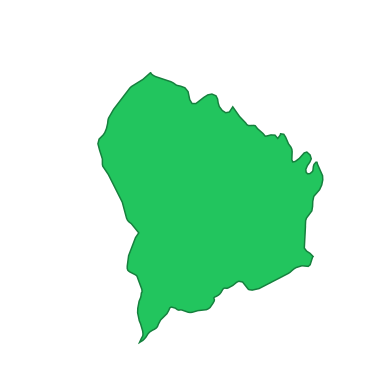 map outline of Kunduz (orthographic projection), rotated 59°
{"feature_id": "AFG-1763", "entity_name": "Kunduz", "entity_type": "Province", "adm_level": 1, "iso_a3": "AFG", "parent_name": "Afghanistan", "parent_adm1": "", "projection": "orthographic", "projection_center": [68.869, 36.818], "detail": "fine", "context": "isolated", "style": "filled", "palette": "green", "viewbox_px": 384, "rotation_deg": 59, "n_neighbors": 0, "source": "natural_earth", "source_scale": "10m", "svg_char_len": 2626}
<svg xmlns="http://www.w3.org/2000/svg" viewBox="0 0 384 384"><g transform="rotate(59 192 192)"><path d="M297.9,124.6L301.7,124.2L305.4,122.4L309.7,121.4L310.0,122.3L315.2,128.2L315.4,129.3L315.6,130.7L312.1,135.4L311.7,136.3L310.4,141.7L310.4,143.9L310.7,146.2L311.3,149.3L311.4,151.2L309.3,184.3L307.1,190.9L305.1,193.4L304.4,193.8L303.9,193.9L295.2,195.0L292.7,197.8L292.5,198.7L292.4,200.3L293.1,205.1L292.9,210.1L292.6,211.6L291.4,213.2L291.1,213.7L291.0,214.4L291.2,215.4L291.3,215.8L293.0,218.8L293.8,221.0L294.0,222.9L294.0,224.7L293.7,226.7L293.9,227.6L294.6,228.1L295.5,228.2L295.9,228.3L296.4,228.7L296.9,229.2L298.1,231.2L300.3,236.0L300.5,238.2L300.3,240.2L296.7,248.1L295.3,253.4L294.7,255.0L293.9,256.2L293.1,257.2L287.8,261.6L287.3,262.3L286.9,262.9L286.7,263.6L286.5,264.1L286.0,264.6L285.2,265.2L283.0,266.1L280.0,268.9L279.9,269.7L279.9,270.7L281.5,272.9L283.4,276.2L285.5,284.8L287.9,288.8L289.6,291.0L290.2,292.8L290.3,294.9L290.1,297.2L290.2,300.4L290.9,302.8L292.7,306.3L293.5,308.8L293.9,310.6L293.9,314.4L291.3,310.6L290.6,309.3L289.7,308.0L288.2,307.0L285.8,305.9L278.6,304.0L275.2,303.5L267.5,300.8L263.8,298.4L258.4,293.6L256.1,290.5L254.8,289.2L252.5,287.4L252.3,287.1L252.1,286.7L251.9,286.2L249.6,285.1L240.5,283.4L235.9,282.5L234.9,282.7L233.9,283.1L228.6,286.4L227.2,287.0L226.0,287.3L224.2,286.9L222.2,285.7L213.9,279.1L202.0,263.9L199.6,258.7L188.0,260.3L184.9,261.5L183.0,261.8L180.8,261.6L164.8,257.0L134.0,254.7L123.9,255.2L122.2,254.6L117.5,251.8L108.3,249.6L102.2,247.8L98.8,244.4L97.4,238.8L96.2,236.2L93.6,232.7L89.9,229.1L86.9,226.8L85.7,225.5L80.7,216.5L70.8,191.5L70.4,189.6L70.2,176.0L68.4,166.3L68.5,166.0L70.0,166.0L72.2,165.1L74.2,163.9L86.7,153.2L89.0,151.8L92.5,150.3L95.5,147.2L99.0,144.4L104.0,143.7L111.7,146.4L116.2,146.4L118.2,143.1L117.0,133.2L116.9,128.4L118.3,124.5L121.9,121.9L125.5,122.2L129.1,123.7L132.8,124.6L137.7,124.1L141.4,122.3L142.7,118.8L140.0,113.2L151.6,112.4L160.6,110.4L162.5,110.3L164.2,109.3L166.8,104.7L167.7,103.7L171.5,103.2L178.5,101.0L181.9,100.5L182.6,98.8L183.7,95.0L186.0,91.6L190.2,90.9L189.1,88.1L188.6,87.0L187.7,86.1L189.8,83.6L193.2,83.5L200.5,84.5L204.3,84.1L206.8,84.4L209.0,85.4L215.9,89.9L218.2,90.1L219.0,87.8L218.5,82.8L216.3,75.7L216.9,73.0L221.1,71.7L225.0,72.7L227.1,75.7L228.8,79.5L231.2,82.8L233.9,84.0L236.0,83.5L237.0,81.4L236.4,78.0L235.5,77.0L232.5,74.7L231.2,73.2L230.3,70.4L230.8,69.6L231.9,69.8L232.5,70.1L245.3,71.7L249.0,73.7L252.8,77.2L255.7,81.4L258.5,89.9L262.2,93.3L266.5,96.1L269.9,99.0L273.3,107.3L275.0,109.3L279.2,112.1L280.1,112.6L297.9,124.6Z" fill="#22c55e" stroke="#15803d" stroke-width="1.5"/></g></svg>